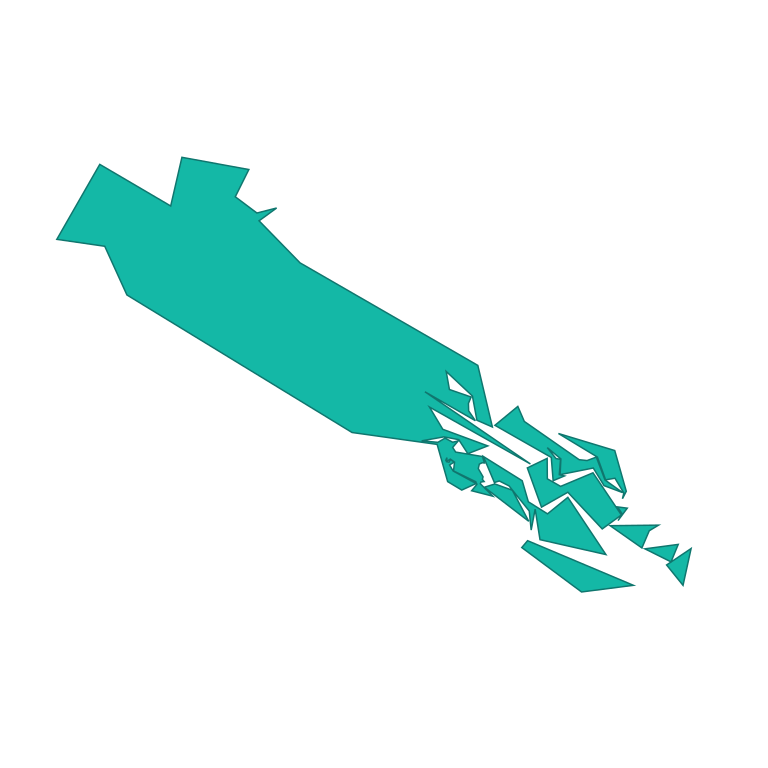 the district of Satkhira, Khulna, Bangladesh, rotated 309°
{"feature_id": "16705992B60176987344662", "entity_name": "Satkhira", "entity_type": "district", "adm_level": 2, "iso_a3": "BGD", "parent_name": "Bangladesh", "parent_adm1": "Khulna", "projection": "equal_earth", "projection_center": [89.15, 22.3], "detail": "medium", "context": "isolated", "style": "filled", "palette": "teal", "viewbox_px": 768, "rotation_deg": 309, "n_neighbors": 0, "source": "geoboundaries", "source_scale": "gbopen_adm2", "svg_char_len": 1976}
<svg xmlns="http://www.w3.org/2000/svg" viewBox="0 0 768 768"><g transform="rotate(309 384 384)"><path d="M290.5,38.7L315.3,80.3L291.4,128.2L326.2,389.7L370.5,463.3L348.2,494.9L350.5,511.2L364.6,518.2L359.9,492.6L362.3,485.9L367.3,487.6L367.3,483.3L364.1,483.7L363.1,481.5L363.6,480.0L366.4,479.2L363.4,481.4L367.4,482.8L367.7,488.0L360.2,492.7L365.8,516.8L364.4,519.4L356.2,519.3L365.3,539.2L367.1,521.6L368.8,521.0L371.2,523.2L371.8,520.5L374.2,519.4L377.6,510.5L381.7,508.5L384.5,509.8L385.8,511.7L389.6,506.2L376.2,482.5L377.9,477.3L386.5,477.5L382.0,474.0L380.3,465.5L372.6,462.6L363.5,449.0L380.6,463.8L387.8,477.1L382.6,493.0L401.2,503.6L385.8,458.2L394.7,433.8L414.0,548.1L403.7,420.7L413.0,478.1L416.4,466.7L422.1,461.8L428.7,459.9L420.9,438.3L432.9,424.4L430.3,460.3L414.3,479.0L418.8,495.3L457.5,445.2L425.3,242.5L432.2,184.2L453.2,189.8L436.9,177.6L435.9,150.6L465.6,144.0L433.0,84.3L388.1,106.2L375.8,24.9L290.5,38.7ZM395.8,552.3L390.2,506.9L376.9,531.8L381.2,534.6L383.5,545.3L376.7,576.8L363.1,590.3L381.9,580.2L361.2,603.2L391.1,663.8L411.6,598.2L386.0,592.8L383.3,570.3L395.8,552.3ZM409.0,548.2L387.4,583.9L415.6,595.0L408.7,644.8L431.6,650.9L446.5,602.3L415.6,585.7L413.1,570.6L428.9,557.6L409.0,548.2ZM450.8,502.1L421.7,496.2L432.2,560.2L415.3,576.3L426.1,582.1L423.8,577.3L436.5,568.6L434.3,564.6L437.3,550.9L437.1,568.6L424.4,577.9L450.4,599.5L443.5,619.0L449.8,637.9L448.5,616.1L460.8,595.0L452.3,590.0L448.0,583.3L443.2,516.6L450.8,502.1ZM384.5,704.5L352.6,594.2L343.6,594.0L346.7,668.4L384.5,704.5ZM453.1,639.8L477.5,605.2L455.3,550.7L461.5,595.8L449.0,616.5L456.1,622.8L450.2,639.0L444.9,641.5L453.1,639.8ZM416.2,648.9L418.9,687.6L436.9,682.5L447.1,686.2L416.2,648.9ZM444.5,713.6L420.1,690.5L426.4,719.0L444.5,713.6ZM376.1,533.1L367.0,527.0L368.4,582.9L382.2,550.6L376.1,533.1ZM449.4,726.2L421.2,717.5L415.7,743.1L449.4,726.2ZM440.6,651.2L435.5,642.9L432.8,651.2L425.1,651.8L440.6,651.2Z" fill="#14b8a6" stroke="#0f766e" stroke-width="1.5"/></g></svg>